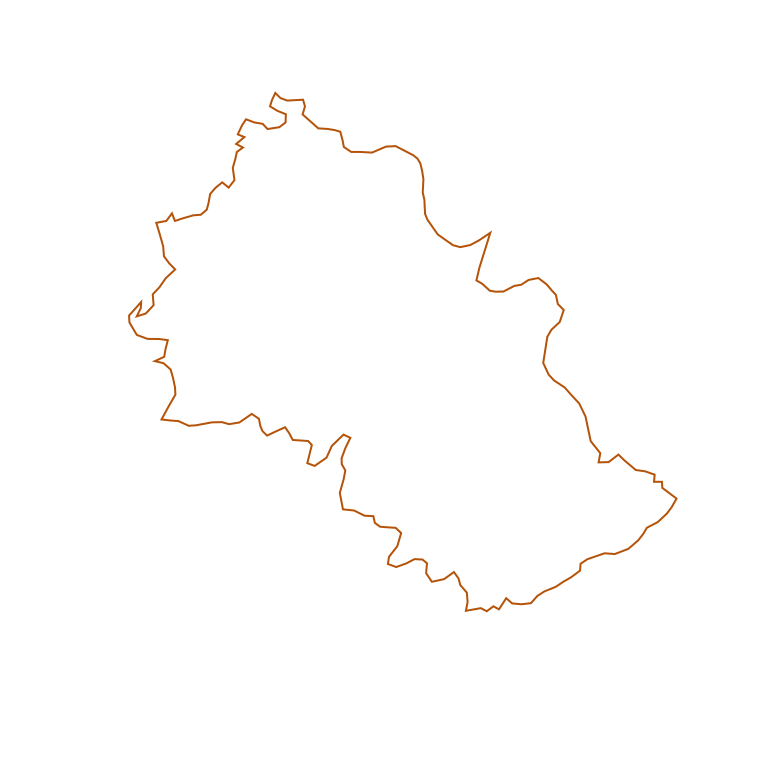 Simolândia, Goiás, Brazil, rotated 47°
{"feature_id": "56859067B65187776336731", "entity_name": "Simolândia", "entity_type": "district", "adm_level": 2, "iso_a3": "BRA", "parent_name": "Brazil", "parent_adm1": "Goiás", "projection": "equal_earth", "projection_center": [-46.59, -14.44], "detail": "fine", "context": "isolated", "style": "outline", "palette": "amber", "viewbox_px": 768, "rotation_deg": 47, "n_neighbors": 0, "source": "geoboundaries", "source_scale": "gbopen_adm2", "svg_char_len": 2753}
<svg xmlns="http://www.w3.org/2000/svg" viewBox="0 0 768 768"><g transform="rotate(47 384 384)"><path d="M605.7,478.8L610.4,471.6L613.9,466.1L620.3,463.8L621.2,455.6L627.2,453.6L624.0,440.7L631.9,439.9L639.0,433.5L644.5,426.0L643.6,416.4L645.1,408.1L649.5,396.6L651.0,387.3L652.9,379.3L654.2,367.9L649.5,362.8L650.9,354.6L658.2,338.2L665.8,331.1L671.2,317.7L671.7,304.8L670.5,296.9L668.4,289.8L671.7,278.0L671.7,265.5L670.3,257.7L667.3,248.2L649.8,251.3L645.1,247.4L639.7,253.2L634.9,247.9L626.1,252.5L618.6,258.5L603.7,260.3L595.5,260.7L594.3,273.0L587.7,280.5L582.1,273.0L566.8,271.8L545.2,258.8L531.3,254.5L518.9,254.5L510.0,254.2L497.4,257.2L489.5,257.2L477.2,253.2L460.9,232.4L458.5,224.6L458.5,213.2L452.5,202.1L444.0,202.3L436.1,197.5L430.2,197.5L422.3,197.1L411.8,198.8L406.5,207.3L405.0,215.9L401.1,221.9L397.8,233.7L392.5,239.5L387.9,243.0L377.7,243.8L371.3,245.8L364.0,234.9L345.9,203.1L343.7,216.8L341.2,226.2L335.9,234.9L329.5,238.9L311.4,242.7L293.5,240.2L287.5,237.9L276.9,228.9L270.4,225.1L261.2,215.6L254.4,210.9L247.5,207.0L242.1,205.8L236.6,206.6L217.9,213.3L211.7,220.7L206.6,234.9L198.1,243.1L191.9,249.7L183.2,251.7L177.7,248.2L169.7,243.9L164.5,247.0L158.9,251.4L152.2,257.7L145.7,258.3L131.3,259.7L127.1,252.5L120.9,249.3L110.7,261.5L104.3,264.7L97.0,265.0L99.9,272.2L103.2,278.0L111.4,275.7L119.8,271.8L125.6,277.6L124.8,285.4L118.1,295.3L111.0,295.3L104.3,300.4L96.3,304.4L98.0,311.4L101.7,320.7L108.2,317.7L107.6,328.4L114.8,325.9L114.0,333.4L118.3,339.7L122.8,347.2L132.9,354.3L134.4,363.7L126.2,364.8L125.6,373.8L126.5,381.6L132.1,389.1L135.6,394.7L135.3,402.5L130.6,408.4L125.6,418.2L122.2,425.7L114.6,422.7L116.3,432.0L110.8,440.6L120.4,445.3L132.7,451.6L140.5,457.8L149.3,458.8L157.8,458.6L157.8,471.6L160.1,482.2L160.7,492.0L169.2,498.7L170.0,510.2L165.9,518.7L162.7,510.2L158.4,505.7L160.1,523.8L165.4,528.2L179.5,531.3L189.7,526.2L197.8,517.7L204.5,512.2L209.5,520.0L214.2,526.2L211.0,536.0L218.5,531.0L227.9,530.2L235.4,534.0L244.0,539.2L249.5,543.8L253.5,556.8L258.2,570.9L265.0,565.1L271.0,559.6L281.4,555.3L285.9,549.8L294.7,536.0L301.4,528.5L307.7,524.7L313.5,516.0L315.7,501.1L324.2,499.2L330.4,503.1L335.6,505.0L342.0,504.7L344.6,496.4L348.2,485.8L355.4,486.9L362.7,488.9L373.9,478.4L379.4,478.4L389.6,494.1L396.6,490.6L398.7,476.4L393.7,464.3L393.4,448.1L400.4,445.3L404.5,455.9L409.5,465.8L413.9,469.6L420.8,471.2L426.1,478.4L433.5,490.6L447.7,499.5L456.2,492.1L467.0,488.1L473.4,481.9L479.3,485.4L485.7,484.2L491.3,479.1L497.1,473.6L504.7,473.1L511.7,484.9L513.8,498.2L518.3,503.9L526.2,499.9L530.4,490.1L532.9,481.1L538.6,475.6L544.4,474.8L551.1,482.2L561.3,483.9L567.7,473.1L569.2,461.1L577.0,462.1L583.0,465.3L593.1,465.7L600.5,471.6L605.7,478.8Z" fill="none" stroke="#b45309" stroke-width="2"/></g></svg>